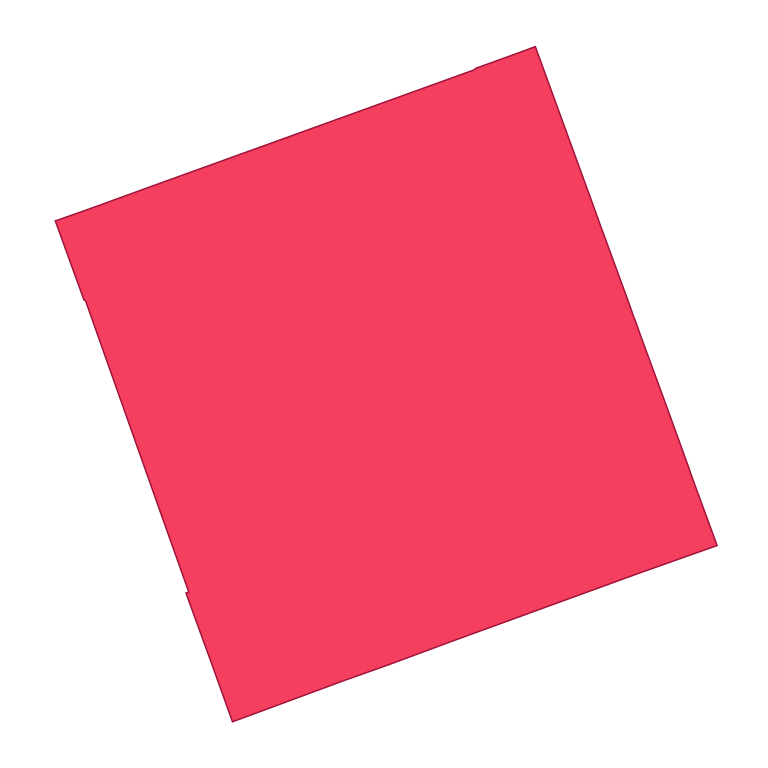 Cochise, Arizona, United States of America, rotated 340°
{"feature_id": "52423323B82502698650850", "entity_name": "Cochise", "entity_type": "district", "adm_level": 2, "iso_a3": "USA", "parent_name": "United States of America", "parent_adm1": "Arizona", "projection": "equal_earth", "projection_center": [-109.611, 31.88], "detail": "fine", "context": "isolated", "style": "filled", "palette": "rose", "viewbox_px": 768, "rotation_deg": 340, "n_neighbors": 0, "source": "geoboundaries", "source_scale": "gbopen_adm2", "svg_char_len": 567}
<svg xmlns="http://www.w3.org/2000/svg" viewBox="0 0 768 768"><g transform="rotate(340 384 384)"><path d="M129.8,455.8L129.4,512.8L126.4,512.7L126.4,583.3L126.1,649.6L243.0,649.0L294.2,649.4L356.7,649.0L558.3,649.0L641.8,649.7L641.6,577.9L641.7,568.4L641.8,568.4L641.9,501.8L641.7,424.0L641.8,417.1L641.7,401.1L641.8,392.6L641.8,388.0L641.7,318.7L641.6,311.6L641.7,284.5L641.7,282.1L641.6,118.7L617.5,118.8L578.1,118.7L576.1,119.6L233.2,118.7L168.2,118.7L130.9,118.3L130.8,202.3L132.0,204.1L129.8,455.8Z" fill="#f43f5e" stroke="#9f1239" stroke-width="1.5"/></g></svg>